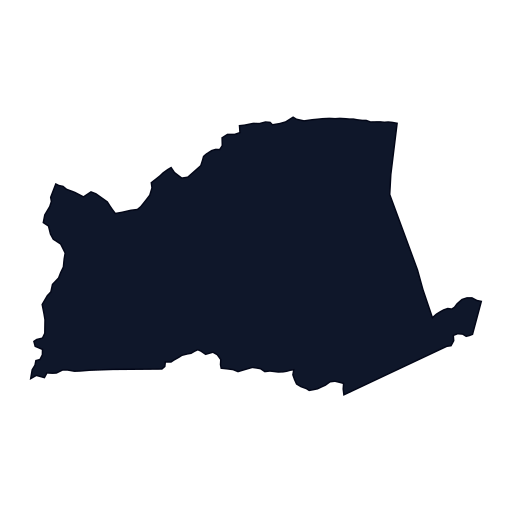 São José de Piranhas, Paraíba, Brazil
{"feature_id": "56859067B21073116856192", "entity_name": "São José de Piranhas", "entity_type": "district", "adm_level": 2, "iso_a3": "BRA", "parent_name": "Brazil", "parent_adm1": "Paraíba", "projection": "robinson", "projection_center": [-38.514, -7.094], "detail": "fine", "context": "isolated", "style": "filled", "palette": "ink", "viewbox_px": 512, "rotation_deg": 0, "n_neighbors": 0, "source": "geoboundaries", "source_scale": "gbopen_adm2", "svg_char_len": 2408}
<svg xmlns="http://www.w3.org/2000/svg" viewBox="0 0 512 512"><path d="M80.1,371.0L89.8,370.2L112.8,369.4L161.9,369.0L164.8,366.5L165.3,362.0L171.0,362.0L173.8,360.1L178.8,357.3L181.9,355.3L187.4,353.9L191.0,353.3L194.6,351.2L197.8,349.7L201.0,351.1L205.6,354.3L212.9,352.2L217.3,354.7L220.8,359.6L220.5,364.6L221.2,368.2L226.9,368.8L233.1,369.6L238.0,371.6L244.0,369.8L248.8,368.4L252.3,367.4L256.7,368.0L260.6,368.7L264.8,371.6L269.9,371.0L278.3,372.0L283.3,371.8L286.8,371.2L290.3,370.2L293.8,369.7L292.9,374.8L294.5,379.4L296.6,384.0L300.9,386.6L306.4,388.6L309.2,390.4L313.6,389.6L317.5,388.8L321.7,386.8L325.3,385.2L330.0,381.8L334.9,381.2L339.1,382.2L343.6,383.4L343.2,389.0L343.9,394.8L386.3,374.8L446.8,346.3L451.0,345.7L453.7,340.7L453.3,335.4L457.6,333.7L462.7,334.1L466.2,336.3L469.4,335.5L472.5,334.3L481.3,301.4L476.9,300.5L472.0,297.9L466.9,297.9L462.0,299.5L457.1,303.8L454.5,307.3L451.7,309.1L447.8,308.5L443.7,309.9L440.4,311.7L436.5,314.1L432.4,317.7L422.9,289.6L417.5,270.0L410.3,250.4L389.7,194.5L390.8,174.5L397.1,123.3L392.2,122.4L388.2,122.0L384.4,122.3L380.5,121.9L376.6,121.9L370.5,122.0L366.1,120.4L362.2,120.4L357.2,119.8L353.5,119.1L349.8,119.1L345.2,118.7L339.8,118.4L335.2,118.7L329.5,118.4L322.7,118.7L318.0,119.2L312.5,119.7L304.0,120.9L296.3,119.2L293.1,117.2L285.7,121.9L279.7,123.6L272.4,124.8L270.1,122.4L265.5,122.0L259.4,123.6L253.3,123.4L244.3,125.2L239.5,125.7L240.0,132.6L234.7,134.4L227.5,134.4L222.1,137.8L222.3,145.6L219.7,149.6L215.7,149.4L211.7,150.6L206.4,154.0L203.6,156.4L202.5,160.4L200.8,165.7L187.8,177.2L181.8,178.1L178.8,175.9L174.4,172.5L171.1,167.6L167.7,169.6L163.1,172.9L160.1,175.8L156.1,179.0L151.3,182.7L152.0,187.9L149.8,195.2L145.9,200.3L140.8,206.7L137.4,209.5L130.8,210.3L122.1,212.3L115.3,213.5L112.3,209.5L109.7,205.7L107.3,201.9L95.9,193.8L91.0,191.9L87.7,194.1L83.5,196.9L74.8,192.4L66.5,189.3L63.0,186.4L58.8,185.5L55.8,184.0L50.7,197.3L51.4,201.5L49.8,206.5L44.8,214.9L43.3,222.6L48.5,226.0L50.5,234.1L53.3,239.2L60.7,244.0L65.2,253.0L64.2,258.8L63.4,267.0L60.7,272.6L58.6,278.0L52.5,284.4L50.9,291.9L47.4,295.6L42.2,304.5L44.0,313.7L45.0,319.7L44.8,333.3L42.5,338.1L36.7,339.5L33.9,341.4L35.2,346.3L42.5,349.4L42.4,354.8L40.0,359.5L35.9,360.6L35.0,365.2L32.2,369.8L30.7,378.6L36.3,375.4L44.4,377.6L46.9,372.9L52.5,373.2L56.4,373.0L62.5,370.0L67.6,370.0L74.4,371.2L80.1,371.0Z" fill="#0f172a" stroke="#020617" stroke-width="1.5"/></svg>